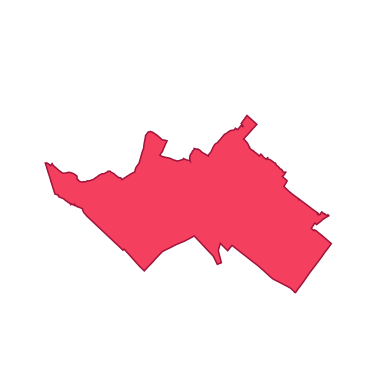 Tochtepec, Puebla, Mexico (orthographic projection), rotated 108°
{"feature_id": "50627088B29443207316447", "entity_name": "Tochtepec", "entity_type": "district", "adm_level": 2, "iso_a3": "MEX", "parent_name": "Mexico", "parent_adm1": "Puebla", "projection": "orthographic", "projection_center": [-97.831, 18.819], "detail": "fine", "context": "isolated", "style": "filled", "palette": "rose", "viewbox_px": 384, "rotation_deg": 108, "n_neighbors": 0, "source": "geoboundaries", "source_scale": "gbopen_adm2", "svg_char_len": 5898}
<svg xmlns="http://www.w3.org/2000/svg" viewBox="0 0 384 384"><g transform="rotate(108 192 192)"><path d="M172.3,54.5L172.2,54.6L171.6,55.7L172.3,56.0L172.9,56.3L171.7,59.0L172.1,59.2L171.4,61.3L171.1,61.4L170.9,62.5L174.3,63.6L173.9,64.8L174.6,65.0L174.3,65.9L173.2,65.7L170.9,72.9L170.5,73.9L169.8,75.9L168.0,81.1L167.3,83.1L166.5,85.6L165.5,88.4L165.9,88.4L166.0,88.4L165.4,89.0L165.0,90.1L163.0,96.0L162.6,96.9L161.4,100.1L160.6,101.6L160.2,102.5L158.4,106.3L152.7,105.0L152.4,105.0L152.2,105.1L151.8,105.1L150.0,109.3L149.3,110.8L147.4,109.8L144.2,108.9L144.2,109.3L144.9,111.1L144.8,111.6L143.6,112.6L142.8,114.1L143.0,114.8L142.7,115.3L142.5,115.7L142.1,116.3L141.8,116.8L141.6,117.1L141.4,117.6L141.3,117.8L141.1,118.1L140.9,118.6L140.8,118.9L140.6,119.4L140.5,119.8L140.3,120.2L139.9,120.7L139.8,120.8L139.2,121.1L138.9,121.4L138.8,121.6L138.7,121.8L138.8,122.3L138.8,122.7L138.7,123.0L138.0,124.8L137.9,125.2L137.8,125.6L137.6,126.1L137.5,126.3L137.4,126.6L137.2,127.5L137.2,127.9L137.1,128.3L137.1,128.7L137.2,129.1L137.3,129.6L137.3,130.0L136.3,130.4L135.9,130.5L135.4,130.6L137.6,131.3L138.0,131.5L137.8,131.9L137.7,132.4L137.6,132.7L137.5,133.1L137.3,133.3L137.1,133.9L137.0,134.3L136.5,135.1L136.4,135.3L136.3,135.5L136.2,135.9L136.1,136.0L135.9,136.1L135.7,136.3L135.5,136.5L135.4,136.7L135.3,137.0L135.2,137.2L135.2,137.3L135.1,137.6L134.9,137.8L134.8,138.1L134.7,138.3L137.0,139.2L135.8,141.4L135.3,142.8L134.9,144.1L134.4,145.2L133.8,146.6L134.0,146.8L133.0,149.4L132.8,150.4L131.9,150.9L132.1,151.0L129.6,153.1L129.2,153.5L127.9,155.1L127.2,156.3L126.7,157.2L126.2,158.0L125.7,158.7L125.6,159.3L123.4,158.3L123.0,158.1L122.1,157.7L121.2,157.3L120.4,156.9L119.5,156.5L119.2,156.4L117.0,155.4L113.5,153.9L107.6,151.2L102.2,163.4L111.7,166.4L113.5,163.8L114.2,164.0L113.7,165.9L118.6,167.9L117.9,170.4L119.9,170.9L120.9,172.9L121.7,174.5L122.7,175.2L123.3,175.9L124.5,176.6L125.6,177.4L127.3,179.0L131.0,180.5L133.4,181.4L134.8,181.9L135.5,182.6L136.8,182.7L137.9,183.5L138.3,184.1L140.0,185.1L143.2,185.8L145.8,186.1L148.2,186.4L151.5,187.7L151.9,187.6L152.7,187.5L152.3,189.3L152.0,190.6L151.4,193.6L150.8,195.9L150.5,195.9L149.8,197.6L149.3,199.7L149.8,199.8L149.9,203.4L150.8,203.2L153.2,204.2L154.1,204.3L154.8,204.3L156.3,204.9L157.7,205.1L159.1,205.0L160.0,204.9L161.6,204.1L163.2,203.2L162.6,204.2L162.9,204.9L163.2,206.9L162.8,210.5L164.0,210.8L167.1,215.4L167.1,217.6L167.2,219.9L166.9,221.7L166.7,223.7L166.9,225.4L167.2,228.1L167.4,230.1L167.4,231.5L167.2,232.5L167.0,233.9L165.6,233.6L164.6,233.4L164.0,233.2L163.0,232.7L162.1,232.6L160.8,232.5L159.0,232.6L158.9,232.4L155.5,232.1L151.0,231.5L151.1,234.1L151.6,236.2L151.4,237.2L150.7,238.2L150.1,239.8L149.4,241.4L148.7,242.9L148.2,245.1L147.6,246.8L147.3,248.5L147.3,249.7L147.3,250.5L147.9,250.9L148.4,252.2L150.4,252.8L152.2,253.5L152.9,253.6L153.7,253.4L154.7,253.2L159.3,252.7L161.7,252.3L165.7,251.5L167.1,251.6L170.1,251.7L172.1,251.6L174.3,251.5L176.3,251.4L177.3,251.4L178.5,251.3L181.2,251.3L183.0,251.9L184.9,252.6L185.9,252.8L187.5,253.0L190.5,252.6L193.9,256.0L201.9,262.4L200.6,263.9L200.6,265.1L201.0,266.1L200.9,266.8L200.4,267.5L200.1,268.5L199.5,270.3L198.8,271.6L198.4,273.1L198.4,274.0L198.2,275.0L197.6,276.0L197.7,277.2L198.3,278.4L199.3,278.9L201.8,281.3L202.4,283.1L203.8,284.5L205.0,285.8L205.8,286.3L206.5,286.5L207.4,287.4L207.9,287.8L209.7,289.1L210.7,289.8L211.2,290.8L211.8,291.5L213.0,292.7L213.5,294.5L214.4,295.8L215.2,296.4L215.5,297.0L215.5,297.7L215.6,298.3L216.0,298.9L216.7,299.8L216.6,301.9L216.4,302.9L216.0,303.8L215.9,304.0L215.6,304.0L215.4,305.1L214.9,305.5L214.1,305.7L213.4,305.9L212.8,306.1L212.4,306.5L212.2,306.6L212.1,306.8L212.1,307.1L212.0,307.6L211.7,308.3L211.2,310.1L211.1,311.2L211.1,312.9L211.2,315.0L211.9,316.4L212.9,317.7L213.4,319.0L214.1,320.8L213.4,322.7L212.8,324.9L211.4,328.0L210.7,329.6L210.1,331.3L208.8,333.3L208.2,333.9L210.7,334.7L209.5,337.4L209.5,338.7L209.2,339.0L209.2,339.3L209.8,340.5L213.5,337.8L218.2,334.6L219.6,333.5L224.0,330.4L226.9,328.5L227.2,328.1L228.2,327.5L236.3,321.7L236.3,320.4L236.3,318.2L237.6,317.5L237.9,315.8L237.9,314.3L238.0,313.6L238.2,311.8L239.0,310.0L239.3,309.2L239.3,308.5L239.8,307.6L240.0,307.4L240.0,306.4L240.6,305.0L240.6,304.8L240.7,304.5L240.6,304.4L240.6,303.5L240.9,303.6L240.9,303.3L241.3,303.2L240.9,302.9L240.9,302.5L240.7,302.5L241.0,299.9L240.9,300.0L239.8,300.0L239.9,299.7L240.7,299.6L240.9,299.1L241.0,299.0L241.1,298.6L241.2,297.0L241.3,296.9L241.5,296.5L241.3,296.4L241.7,291.1L243.2,290.3L243.7,289.8L244.1,289.2L244.9,288.7L246.1,286.6L247.4,284.6L262.1,253.5L263.7,250.1L264.8,247.8L265.4,246.5L267.0,243.2L267.7,241.7L268.3,240.5L268.7,239.7L267.3,238.9L267.8,238.1L267.9,237.9L268.5,236.9L269.0,235.9L269.3,235.5L269.6,234.9L270.0,234.2L270.7,233.0L271.5,231.6L273.0,229.0L273.4,228.4L278.7,219.2L278.9,219.0L279.7,217.2L281.8,213.0L281.6,212.9L276.2,210.5L272.4,208.5L269.6,207.2L268.1,206.7L257.9,201.8L254.9,198.9L252.9,196.7L246.7,190.6L245.5,189.1L245.3,189.0L241.2,184.1L239.0,182.0L238.5,181.4L233.1,176.3L234.2,174.3L236.4,170.3L237.4,168.4L241.9,160.3L246.3,152.2L248.0,150.4L253.0,145.6L250.2,142.2L239.6,148.9L232.1,149.2L236.8,139.9L230.4,137.4L233.3,129.6L235.1,124.7L236.7,120.2L239.4,113.0L241.8,106.1L244.1,101.1L244.3,100.3L248.3,91.7L249.7,88.1L250.1,86.0L250.4,83.7L251.2,78.8L251.9,74.7L252.5,71.1L252.9,69.1L253.6,67.3L254.4,65.6L255.3,63.7L255.5,63.7L255.8,63.4L255.6,62.4L251.8,61.3L243.3,58.4L232.0,55.0L223.0,51.8L221.4,51.3L214.5,48.9L210.7,47.7L208.5,47.1L203.8,45.4L199.8,44.1L198.0,43.5L197.2,45.5L192.9,55.7L192.8,56.4L190.4,62.1L190.2,63.8L190.6,64.0L191.1,64.2L189.8,67.0L189.7,67.3L183.6,65.6L184.1,64.3L184.5,63.4L181.8,61.6L180.5,60.7L177.8,59.2L177.4,58.9L177.0,58.5L176.6,58.2L176.2,57.8L175.6,57.4L175.4,57.2L175.1,57.0L174.8,56.8L174.6,56.5L173.9,56.0L173.6,55.6L172.6,54.8L172.3,54.5Z" fill="#f43f5e" stroke="#9f1239" stroke-width="1.5"/></g></svg>